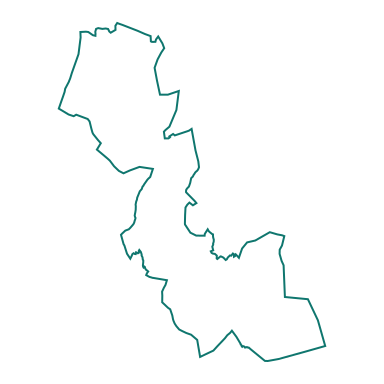 Kware, Sokoto, Nigeria
{"feature_id": "59680162B33139882700556", "entity_name": "Kware", "entity_type": "district", "adm_level": 2, "iso_a3": "NGA", "parent_name": "Nigeria", "parent_adm1": "Sokoto", "projection": "equal_earth", "projection_center": [5.32, 13.155], "detail": "fine", "context": "isolated", "style": "outline", "palette": "teal", "viewbox_px": 384, "rotation_deg": 0, "n_neighbors": 0, "source": "geoboundaries", "source_scale": "gbopen_adm2", "svg_char_len": 3924}
<svg xmlns="http://www.w3.org/2000/svg" viewBox="0 0 384 384"><path d="M325.2,346.0L320.6,329.8L317.9,320.3L307.9,299.2L284.9,297.0L283.6,265.3L281.6,260.9L279.6,253.9L279.7,249.7L282.0,245.5L284.3,236.1L282.1,235.3L277.3,234.4L269.8,232.2L255.3,240.5L247.1,242.4L242.1,248.5L239.5,256.0L238.9,257.8L237.3,256.0L235.7,254.3L235.1,255.1L235.0,256.1L234.0,256.7L233.8,254.1L232.9,253.5L231.2,255.7L230.0,255.4L227.8,257.5L226.8,259.3L225.7,260.0L223.4,257.6L221.2,256.5L220.5,256.4L217.3,259.0L216.7,258.5L216.8,255.6L214.9,253.9L212.9,253.6L211.6,252.9L210.8,251.3L213.2,250.3L212.3,246.7L213.2,244.6L213.1,243.6L213.7,241.7L213.8,239.7L213.2,237.6L213.0,236.1L213.0,234.4L212.3,234.2L209.6,232.0L208.7,231.1L207.7,229.3L204.8,233.9L204.6,235.7L196.2,235.6L190.4,232.7L185.0,224.5L184.9,223.7L185.1,215.0L185.5,207.5L187.3,204.7L189.4,202.6L192.9,205.3L196.4,203.1L194.5,200.8L186.1,192.3L186.0,191.1L186.3,189.6L186.8,188.9L187.6,187.9L188.9,186.6L190.2,182.9L191.1,178.5L191.3,178.0L192.4,177.0L192.8,176.6L193.2,175.8L193.6,175.0L193.8,174.6L194.6,173.6L195.1,172.6L196.2,171.5L197.1,170.8L198.0,169.6L198.1,169.3L198.4,168.8L198.6,168.3L198.7,168.0L199.0,167.2L198.3,161.4L195.5,150.4L191.6,128.9L188.9,130.7L186.9,131.4L174.8,135.4L173.1,134.0L169.4,136.4L170.0,137.2L169.3,137.8L168.4,138.4L164.8,138.4L163.9,131.7L165.4,130.1L169.4,126.7L176.4,110.0L178.8,91.0L167.8,94.7L160.0,94.7L157.0,80.6L154.6,67.8L157.6,59.4L161.3,52.5L164.2,48.2L162.4,43.4L158.2,36.5L156.0,39.5L155.4,41.8L152.0,41.9L150.9,41.4L150.6,36.1L144.9,34.0L137.6,30.8L122.4,24.9L119.2,23.8L117.2,23.0L115.4,25.8L115.5,29.9L110.7,32.7L109.3,31.5L108.1,29.0L105.7,28.5L102.4,28.9L98.2,28.1L96.1,28.9L95.3,31.8L95.5,33.9L95.4,35.8L92.9,35.2L88.3,32.0L85.9,31.7L80.4,32.0L80.6,37.5L78.5,54.2L71.8,73.1L70.5,77.4L70.0,78.9L69.4,80.3L69.2,80.8L68.9,81.7L65.2,88.7L64.6,91.9L62.9,96.9L61.4,101.1L58.8,108.6L68.6,114.5L73.7,116.2L76.2,114.7L87.7,119.0L89.6,121.5L91.4,128.8L92.5,132.7L93.3,134.2L98.1,140.2L100.8,143.2L96.9,149.6L107.6,158.6L109.8,160.6L114.1,166.3L118.9,170.9L123.5,173.3L130.0,170.4L139.5,166.9L152.9,168.9L150.2,177.0L148.4,178.6L147.4,179.7L144.1,184.4L143.3,185.9L142.6,186.5L141.7,189.1L139.8,191.3L138.4,194.8L137.2,197.7L137.0,199.2L136.8,200.0L136.2,201.5L135.6,204.6L135.8,206.1L135.7,209.8L135.3,212.4L135.0,213.8L134.7,215.6L135.1,217.1L135.5,217.9L135.4,218.7L134.7,220.7L134.2,222.6L133.4,224.2L130.4,227.7L128.8,229.3L125.3,230.6L122.0,233.7L121.0,234.8L123.6,244.2L124.4,245.5L127.0,253.7L130.3,258.7L131.5,256.3L132.5,254.0L133.7,253.2L134.8,254.0L135.7,254.1L136.1,252.3L137.1,252.7L137.9,253.3L138.8,252.8L139.1,251.9L138.8,250.9L139.3,250.0L140.8,251.9L141.4,253.6L141.7,254.9L141.6,255.6L142.5,257.3L142.8,259.7L143.2,260.2L143.3,260.7L143.2,262.8L142.9,265.4L143.1,266.7L143.6,267.6L144.1,267.3L144.4,266.6L144.7,266.8L144.9,267.1L145.1,268.1L145.7,269.3L146.4,270.1L147.0,270.4L148.2,271.5L147.1,273.0L146.6,274.0L146.2,275.1L149.4,276.9L151.2,277.4L152.7,277.9L153.2,277.9L166.9,280.2L165.5,284.9L163.8,287.9L162.9,289.9L162.1,291.6L162.3,295.5L162.2,302.3L168.0,307.8L170.2,309.3L172.3,315.5L173.0,319.2L173.5,320.8L174.7,323.6L176.4,326.2L179.2,329.5L182.3,331.1L186.3,333.0L191.1,334.7L197.2,339.9L200.1,356.9L208.3,353.0L213.4,350.6L217.3,346.3L224.9,338.3L227.3,335.2L230.1,332.9L231.9,330.7L236.4,336.8L240.4,343.5L240.5,343.9L240.7,344.1L240.7,344.5L241.0,344.7L241.3,345.0L241.5,345.5L241.6,346.0L241.8,346.3L241.9,346.5L242.2,346.8L242.3,346.7L242.5,346.5L242.4,346.4L242.7,346.1L243.0,346.1L243.5,346.3L244.0,346.4L244.2,346.6L244.5,346.8L244.6,347.0L244.8,347.4L245.0,347.6L245.5,347.5L245.9,347.3L246.2,347.1L246.5,347.1L246.8,347.1L247.0,347.3L247.3,347.2L247.6,347.3L247.8,347.5L248.1,347.5L248.4,347.6L248.6,347.6L248.8,347.6L249.0,347.8L249.1,348.0L249.4,348.1L249.7,348.4L250.6,349.2L264.9,360.9L267.7,361.0L278.7,359.0L304.4,351.9L325.2,346.0Z" fill="none" stroke="#0f766e" stroke-width="2"/></svg>